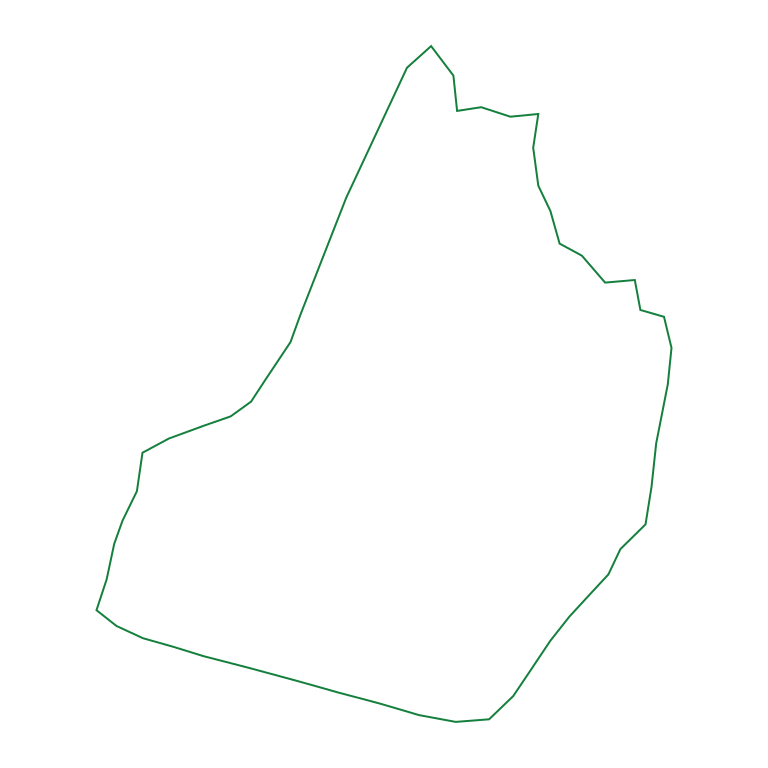 Riachão do Poço, Paraíba, Brazil (Robinson projection)
{"feature_id": "56859067B79457448818659", "entity_name": "Riachão do Poço", "entity_type": "district", "adm_level": 2, "iso_a3": "BRA", "parent_name": "Brazil", "parent_adm1": "Paraíba", "projection": "robinson", "projection_center": [-35.291, -7.148], "detail": "fine", "context": "isolated", "style": "outline", "palette": "green", "viewbox_px": 768, "rotation_deg": 0, "n_neighbors": 0, "source": "geoboundaries", "source_scale": "gbopen_adm2", "svg_char_len": 782}
<svg xmlns="http://www.w3.org/2000/svg" viewBox="0 0 768 768"><path d="M96.5,610.2L116.5,626.0L142.9,638.2L172.6,646.6L203.3,656.1L250.1,668.2L298.8,681.4L337.8,692.4L379.6,703.5L419.0,715.1L455.7,721.9L489.1,719.3L513.2,696.1L529.5,671.9L550.3,640.8L569.4,616.6L590.3,593.9L608.4,574.4L620.4,549.1L645.5,524.4L651.5,487.0L656.2,443.3L667.8,384.3L671.5,347.9L664.0,316.8L640.4,310.0L634.8,280.0L605.1,282.6L581.9,255.7L559.6,243.6L550.4,211.0L538.3,185.7L533.2,147.7L538.3,114.0L510.4,116.7L481.2,107.2L457.1,110.9L453.4,75.6L431.1,46.1L407.0,67.7L346.2,197.8L320.2,264.2L300.2,315.3L290.5,342.1L264.5,381.1L251.1,401.6L230.6,416.4L203.3,425.9L168.9,438.5L142.5,452.7L136.9,491.2L122.5,520.7L114.2,543.9L106.7,579.2L96.5,610.2Z" fill="none" stroke="#15803d" stroke-width="2"/></svg>